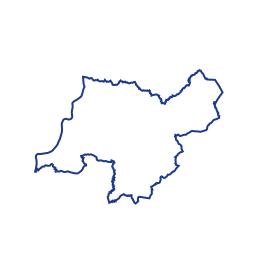 the district of Plato, Magdalena, Colombia, rotated 37°
{"feature_id": "7082276B24438345554060", "entity_name": "Plato", "entity_type": "district", "adm_level": 2, "iso_a3": "COL", "parent_name": "Colombia", "parent_adm1": "Magdalena", "projection": "robinson", "projection_center": [-74.591, 9.77], "detail": "fine", "context": "isolated", "style": "outline", "palette": "blue", "viewbox_px": 256, "rotation_deg": 37, "n_neighbors": 0, "source": "geoboundaries", "source_scale": "gbopen_adm2", "svg_char_len": 5848}
<svg xmlns="http://www.w3.org/2000/svg" viewBox="0 0 256 256"><g transform="rotate(37 128 128)"><path d="M80.1,218.8L80.8,218.4L80.7,217.0L80.2,215.3L81.9,215.6L81.9,214.0L82.2,212.9L82.6,212.5L82.4,211.6L82.9,210.3L84.3,209.2L84.4,207.8L84.9,207.2L87.0,206.3L88.3,205.0L88.4,203.2L88.9,202.5L90.0,202.5L91.2,203.9L93.8,203.5L94.0,204.9L95.7,204.3L96.2,206.4L96.5,206.5L97.8,204.8L99.2,204.4L100.2,202.5L103.5,201.6L104.9,200.3L106.0,198.8L107.1,198.6L112.7,196.3L115.3,194.4L116.5,190.3L116.5,187.8L116.0,186.5L116.1,184.3L117.1,183.1L116.5,182.5L115.9,183.3L115.6,182.6L114.0,182.7L112.9,181.9L111.9,181.9L111.3,181.3L111.4,180.6L110.9,179.7L110.5,179.4L110.3,179.9L110.1,179.8L110.3,178.6L109.8,178.7L109.5,179.3L108.0,179.1L107.4,178.5L108.8,176.8L109.7,174.9L110.8,174.5L111.8,173.1L112.9,172.8L114.2,171.4L116.4,170.7L120.2,170.3L121.2,170.9L122.1,172.1L123.9,172.0L126.0,170.0L126.8,169.8L126.7,169.3L126.9,169.7L129.0,169.0L129.8,167.9L133.0,166.8L134.6,165.6L135.0,165.3L134.3,163.8L136.8,163.2L137.3,164.6L137.6,164.5L137.4,164.9L137.8,164.9L137.8,165.5L138.0,165.6L138.3,168.0L139.0,168.3L139.6,169.0L140.5,169.0L140.9,169.5L141.4,169.6L142.1,170.3L142.7,170.0L142.7,170.4L143.2,170.6L143.7,172.0L144.3,171.9L145.3,172.5L145.1,173.9L145.5,175.4L145.8,175.3L145.9,176.1L146.8,175.9L146.7,176.5L147.1,176.3L147.4,176.8L147.2,177.0L147.5,177.2L147.1,177.7L147.4,177.8L147.0,178.0L147.4,178.2L147.0,178.4L147.3,180.0L148.5,180.0L148.3,180.6L149.1,180.7L149.6,182.1L150.4,182.2L150.3,182.8L151.2,182.9L151.4,183.5L151.9,183.2L152.1,184.4L152.5,184.4L152.9,185.1L153.3,184.9L153.4,185.4L153.9,185.5L153.7,186.3L153.1,186.6L153.2,187.5L152.7,187.5L152.6,188.0L153.0,188.2L152.7,188.8L153.0,188.6L152.7,189.3L152.9,189.5L152.5,189.5L152.7,190.4L152.3,192.6L152.8,193.1L153.3,194.3L153.2,195.2L157.9,198.9L158.0,198.2L158.5,198.1L159.1,196.2L159.6,196.9L160.1,196.7L160.3,196.1L160.1,195.7L160.4,195.7L160.4,194.6L160.7,194.1L161.1,194.3L161.2,194.0L161.4,194.2L161.4,193.9L162.2,193.8L162.0,193.4L162.1,192.5L163.1,189.7L162.9,186.6L164.4,183.4L166.0,183.5L166.5,183.1L167.4,183.1L167.6,182.7L168.8,182.5L169.1,182.1L168.9,181.6L169.4,181.2L170.0,181.3L170.7,180.6L170.9,179.7L171.4,179.6L171.7,180.5L173.4,181.7L174.9,182.0L175.4,182.6L177.0,183.1L178.0,183.8L179.5,183.7L180.2,180.2L179.1,179.4L178.3,178.1L178.0,176.7L178.3,176.2L187.4,171.3L186.5,167.8L186.7,166.6L186.5,166.0L184.0,162.9L184.5,162.5L181.9,161.0L183.8,156.8L183.4,156.8L183.7,155.1L184.3,155.1L184.6,154.2L185.0,154.2L186.0,152.9L186.1,152.3L185.1,149.4L183.8,148.2L183.6,147.1L184.1,146.3L186.4,146.4L187.6,145.4L188.1,143.0L187.9,141.3L188.6,140.9L189.5,139.6L190.1,135.8L190.7,135.4L191.1,133.7L190.8,131.5L191.2,127.8L188.4,128.6L187.8,127.8L187.1,127.7L187.2,127.2L185.0,124.7L183.9,122.5L183.2,122.7L183.8,120.2L183.7,118.4L184.5,115.7L185.5,114.7L185.8,113.7L183.3,112.5L181.6,110.2L179.6,109.8L178.1,110.2L175.3,108.6L173.7,108.6L171.8,106.8L170.7,106.6L170.0,105.0L171.5,104.7L171.7,103.6L172.2,103.0L174.1,103.2L174.9,102.6L176.7,99.8L178.4,98.4L178.7,96.6L179.6,95.0L180.8,91.8L182.3,91.1L184.6,89.5L188.3,87.3L191.7,82.6L191.8,81.4L190.5,79.0L190.4,77.8L190.8,76.7L190.5,75.5L191.4,74.0L191.6,69.9L193.0,68.1L194.7,65.1L193.8,64.1L193.7,63.5L192.6,63.6L191.6,63.0L191.4,62.0L191.0,61.6L190.1,61.7L189.7,61.1L188.1,60.6L187.6,59.9L186.1,59.0L185.6,59.3L184.7,58.7L184.4,58.0L183.7,57.8L183.1,56.4L182.5,56.5L182.2,56.9L181.6,56.6L181.4,55.3L182.8,54.6L182.6,53.7L182.2,49.4L182.1,42.7L175.8,39.8L168.5,37.2L162.4,41.4L161.9,41.6L161.9,41.3L161.0,41.1L160.0,42.0L155.3,39.5L153.7,39.4L151.6,38.5L151.4,38.8L150.3,38.9L150.3,39.5L149.7,39.9L149.4,40.9L149.9,41.8L149.5,42.6L149.6,43.0L148.8,43.6L149.1,45.2L147.9,46.8L147.5,46.9L147.6,47.4L147.2,48.0L147.5,48.2L147.1,49.3L147.5,50.2L147.4,50.9L147.1,51.1L147.4,51.7L147.1,52.3L147.3,53.0L147.7,53.2L147.8,54.0L148.5,54.1L148.8,53.5L149.2,54.6L150.0,54.3L150.5,55.2L150.8,56.6L150.6,57.0L151.0,57.4L150.6,57.9L149.3,58.3L148.9,59.3L149.1,61.4L148.7,61.8L148.8,62.5L148.3,62.7L148.0,64.0L148.1,65.0L148.5,65.6L147.9,66.7L148.4,67.4L147.9,70.7L146.8,71.8L146.9,72.9L146.2,74.2L145.4,74.6L145.1,75.3L144.4,75.3L144.8,75.7L144.4,76.4L144.4,77.0L143.4,77.2L143.1,77.7L143.0,78.6L143.4,78.7L143.1,79.5L143.3,80.0L143.0,80.1L142.8,80.6L143.0,81.1L142.7,81.1L142.6,81.9L142.0,82.2L142.3,82.4L141.8,83.1L142.3,83.9L142.0,84.3L142.2,84.6L142.3,84.5L142.7,85.0L142.6,86.1L142.9,86.4L142.6,86.7L141.5,86.7L140.1,87.8L139.8,87.3L139.5,87.5L138.9,86.9L138.2,86.9L138.0,85.7L137.5,85.2L136.9,85.0L135.9,85.3L135.0,84.8L134.6,84.9L133.5,84.2L133.5,83.6L132.8,83.6L132.2,83.9L131.7,83.7L130.2,84.3L127.7,87.2L127.3,88.0L125.9,86.8L125.5,87.2L124.9,87.1L124.6,86.5L123.7,86.2L123.4,85.6L123.2,85.9L122.4,85.3L122.2,86.0L120.9,86.4L120.9,86.8L119.7,87.3L119.1,88.1L117.7,88.5L117.4,89.4L116.0,89.9L114.0,89.6L113.6,89.9L113.3,89.5L112.9,89.8L111.9,89.0L110.9,89.3L109.8,88.6L108.4,88.7L107.6,87.9L105.7,87.0L105.3,87.3L104.5,89.1L103.4,89.7L102.1,91.6L100.7,92.1L100.1,91.9L99.0,93.0L97.8,92.7L97.6,93.4L97.0,93.7L97.0,94.0L96.5,94.5L96.2,94.2L95.7,94.4L95.5,94.2L94.2,95.0L93.5,94.6L93.2,96.7L93.7,97.6L93.2,100.2L92.0,100.9L91.3,101.9L89.8,102.7L88.2,101.7L85.5,100.8L84.8,102.7L83.5,103.4L83.2,104.0L80.6,103.5L80.9,105.1L80.5,105.7L79.7,105.8L76.9,108.0L74.7,107.7L74.6,108.5L73.3,109.1L72.8,110.1L71.8,110.8L69.0,110.0L68.2,110.5L67.6,111.8L65.0,112.2L61.3,114.2L65.9,119.4L68.5,121.3L68.8,123.1L70.9,128.4L71.7,131.0L70.4,135.5L68.7,139.6L68.6,141.6L71.1,144.4L73.4,149.0L76.7,152.6L77.0,153.4L77.1,154.7L76.4,156.0L75.5,157.0L72.7,158.1L71.6,159.7L71.5,160.8L72.2,163.6L72.7,164.7L76.1,168.7L77.6,171.0L80.3,177.8L80.5,179.6L81.6,183.6L81.7,185.3L81.3,191.3L81.0,192.6L79.1,196.0L73.4,201.8L71.6,202.9L71.1,205.0L71.7,206.5L74.4,208.9L76.5,211.4L78.8,215.6L80.1,218.8Z" fill="none" stroke="#1e3a8a" stroke-width="2"/></g></svg>